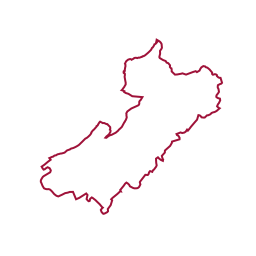 outline of Mit Ghamr, Ad Daqahliyah, Egypt, rotated 50°
{"feature_id": "37247803B25153322962327", "entity_name": "Mit Ghamr", "entity_type": "district", "adm_level": 2, "iso_a3": "EGY", "parent_name": "Egypt", "parent_adm1": "Ad Daqahliyah", "projection": "equal_earth", "projection_center": [31.277, 30.708], "detail": "fine", "context": "isolated", "style": "outline", "palette": "rose", "viewbox_px": 256, "rotation_deg": 50, "n_neighbors": 0, "source": "geoboundaries", "source_scale": "gbopen_adm2", "svg_char_len": 5668}
<svg xmlns="http://www.w3.org/2000/svg" viewBox="0 0 256 256"><g transform="rotate(50 128 128)"><path d="M78.8,49.3L79.4,50.0L80.0,50.7L80.4,51.3L80.8,51.9L81.0,51.9L81.1,51.6L81.2,52.1L81.2,52.3L81.2,52.9L81.1,53.4L81.1,53.7L80.9,54.0L81.3,54.7L81.6,55.3L82.2,57.3L82.1,57.7L82.1,57.9L82.1,58.2L82.2,58.5L82.5,59.0L82.7,59.5L82.9,60.0L83.0,60.7L83.2,62.8L83.3,64.9L83.3,65.3L83.3,68.1L83.0,69.9L82.7,70.2L82.6,70.4L82.5,70.6L82.5,70.9L82.5,71.3L82.5,71.5L82.4,71.8L82.2,71.9L81.9,73.0L81.4,74.2L81.3,74.3L81.1,74.5L80.9,74.6L80.7,75.0L80.6,75.4L80.5,75.8L80.3,76.1L79.8,76.4L79.6,76.5L79.3,76.8L78.9,77.3L78.8,77.5L78.6,77.8L78.5,78.1L78.4,78.5L78.4,78.8L78.5,79.1L78.0,81.4L77.6,81.4L77.3,81.5L77.0,81.7L76.7,81.9L76.5,82.1L76.3,82.6L76.1,83.0L75.9,83.5L75.7,84.1L75.7,84.9L75.7,85.6L75.7,86.4L75.9,87.0L76.4,88.1L76.8,89.0L77.2,89.0L77.6,89.1L77.8,89.3L78.0,89.5L78.3,89.7L78.8,90.0L79.2,90.4L79.4,90.7L79.7,91.1L80.0,91.5L80.9,92.5L81.5,93.3L82.0,93.5L82.2,93.8L82.1,94.2L82.5,94.4L82.6,94.8L82.4,95.0L82.3,94.8L82.3,94.6L82.2,94.4L81.8,94.4L81.8,94.6L81.8,94.8L81.9,95.0L82.5,95.5L83.0,95.9L83.3,95.9L83.6,95.8L83.9,95.7L84.3,95.5L84.9,95.9L85.5,96.4L86.0,97.0L86.6,97.7L89.7,99.5L91.5,100.5L91.9,100.7L92.3,101.1L92.9,101.6L93.2,101.9L93.6,103.2L94.1,104.4L94.4,105.7L94.6,106.5L95.0,108.0L95.0,108.5L97.5,107.1L98.0,107.8L99.8,107.2L102.1,105.7L106.4,104.3L113.6,97.1L114.7,100.3L114.7,101.4L115.2,102.6L116.7,103.8L117.2,104.7L117.2,105.8L115.2,112.9L114.9,117.9L115.7,119.9L116.7,120.5L117.7,121.4L118.4,121.7L119.2,122.3L119.7,123.2L120.4,124.4L120.7,125.5L121.2,126.4L121.2,127.0L123.2,132.0L123.4,134.7L123.4,136.1L123.7,137.3L123.7,140.5L123.2,142.6L122.7,144.9L121.9,146.7L121.6,148.7L121.6,150.8L121.4,151.1L120.9,151.5L120.6,149.8L120.7,148.7L120.6,146.5L120.2,145.4L119.7,144.0L118.9,143.1L117.8,142.8L117.6,142.9L117.1,142.0L115.9,141.1L114.9,141.1L113.3,141.3L111.8,141.3L111.3,141.9L108.8,143.1L108.1,144.1L105.2,145.3L105.2,145.8L105.3,146.1L105.4,146.7L105.6,147.2L105.8,147.7L105.9,148.2L106.0,148.5L106.1,148.8L106.4,149.2L106.5,149.6L106.5,149.9L106.4,150.4L106.5,150.4L106.7,151.2L106.9,152.4L107.2,154.4L107.3,155.1L107.3,155.9L107.3,156.6L107.4,157.0L107.5,157.6L107.8,158.5L107.8,158.9L107.9,159.0L108.0,159.2L108.2,159.3L108.3,159.4L108.4,159.7L108.6,160.2L108.8,161.0L109.0,162.1L109.0,162.9L109.1,163.4L109.1,165.9L109.0,166.2L108.9,166.7L108.8,167.2L108.7,167.6L108.8,168.6L108.9,169.9L109.1,171.9L109.2,173.5L109.4,175.8L109.4,176.7L109.3,177.6L109.1,178.9L108.9,179.9L108.7,180.8L108.4,181.9L108.2,182.6L107.8,183.6L107.5,184.1L107.3,184.7L107.1,185.1L107.1,185.5L107.0,186.0L107.1,186.3L106.6,187.5L106.0,189.1L106.1,192.4L105.6,193.6L105.0,194.9L104.7,195.5L104.3,196.0L103.9,196.7L103.7,197.3L103.5,197.7L103.3,198.1L103.0,198.6L102.9,199.1L102.7,199.7L102.7,200.3L102.6,200.9L102.4,201.1L102.2,201.4L102.0,201.7L101.9,202.0L101.8,202.4L101.8,202.6L101.8,202.9L101.9,203.3L101.9,203.5L101.7,203.8L101.5,204.3L101.1,205.3L101.0,205.6L101.0,205.9L101.0,206.1L100.8,206.7L100.5,207.6L102.6,207.7L102.4,211.0L102.4,215.5L102.1,219.0L102.9,219.1L103.5,219.3L105.6,219.4L106.1,218.3L106.1,216.7L106.4,214.8L108.4,213.9L110.2,214.2L111.0,214.5L111.9,216.1L110.7,223.6L110.7,224.7L111.3,226.6L112.0,228.3L113.2,229.4L114.8,229.8L117.2,230.6L118.3,230.8L120.2,231.1L121.6,230.4L122.4,229.8L122.8,229.4L123.9,228.0L125.1,227.3L125.8,227.2L127.6,227.0L131.2,227.0L133.9,226.4L135.6,225.4L136.7,221.5L137.5,218.0L138.8,215.7L139.6,213.6L141.6,211.2L149.2,213.6L150.2,210.2L151.3,202.1L153.3,202.1L155.8,205.4L157.9,205.4L158.9,205.1L159.2,204.2L157.9,202.5L157.9,200.4L159.3,199.9L160.5,199.7L162.2,199.3L164.5,199.1L168.1,198.7L172.1,198.7L172.8,198.5L172.9,199.9L173.3,201.5L175.2,202.2L177.3,202.2L177.9,202.0L178.0,201.6L178.3,201.3L178.5,200.8L179.1,198.0L178.9,196.8L177.8,196.0L177.1,195.6L176.0,190.9L173.2,186.6L171.8,186.7L171.6,184.8L171.7,178.8L171.6,176.4L171.4,174.7L172.0,174.2L170.5,173.8L169.5,168.5L168.8,166.0L168.8,164.3L170.4,163.8L172.2,163.6L173.9,164.0L177.1,162.7L178.3,161.9L179.6,160.3L180.0,159.7L180.3,158.8L180.3,157.4L179.2,154.8L177.1,153.8L176.9,153.4L175.0,144.8L175.3,144.5L176.7,143.1L176.5,141.8L175.5,140.4L175.2,138.8L177.2,137.6L176.5,136.2L176.5,134.7L175.7,131.3L175.0,130.0L173.0,128.9L170.7,127.2L169.5,126.2L169.7,123.9L171.5,123.8L173.7,123.3L175.6,122.4L174.7,121.3L173.8,121.3L171.1,120.0L170.5,115.6L169.0,114.2L168.8,107.2L167.6,104.0L166.7,103.0L169.8,95.8L168.7,94.8L166.4,94.4L164.9,95.0L163.8,94.7L165.2,90.6L166.7,89.7L167.7,87.8L167.9,86.2L167.2,83.8L168.5,83.8L168.2,82.0L167.5,78.9L166.6,73.6L166.0,69.7L163.4,65.8L164.1,65.2L164.6,64.9L165.3,64.8L166.0,64.7L167.1,64.8L168.7,63.3L169.3,62.5L169.1,59.3L169.8,58.4L170.3,56.6L170.4,56.1L170.4,55.8L170.2,54.3L170.8,52.6L171.0,52.2L171.3,51.7L171.6,50.8L171.8,49.6L171.9,49.3L171.8,45.2L171.2,45.5L170.7,45.5L169.4,45.8L168.6,45.8L167.6,43.7L167.4,42.5L166.1,39.6L164.6,38.7L163.8,39.3L162.8,39.9L161.3,40.4L161.1,40.4L160.6,40.1L160.1,39.5L159.8,39.0L159.3,36.6L158.8,35.1L156.3,33.6L154.8,33.3L154.0,32.7L153.0,31.6L153.5,29.2L154.0,28.0L153.8,26.9L149.1,24.9L148.7,25.4L147.5,26.2L145.4,26.5L144.7,25.9L143.4,26.2L142.5,27.0L141.9,28.5L141.6,28.8L140.6,28.8L139.6,27.9L135.6,27.9L132.8,28.4L131.5,29.3L130.5,29.3L129.0,30.5L128.7,32.8L129.2,34.6L130.0,36.3L129.5,39.3L128.0,39.6L127.0,41.9L124.4,49.2L121.1,51.2L120.6,52.4L118.6,55.9L117.3,57.7L112.8,58.2L111.3,57.0L110.3,56.4L109.7,56.7L108.2,56.7L107.0,55.5L104.2,55.5L102.7,56.4L100.9,56.1L98.4,57.5L94.8,58.7L93.8,58.4L93.1,57.5L91.8,55.7L89.5,53.9L88.8,51.3L88.3,50.4L87.0,49.5L85.3,48.3L83.5,48.0L81.8,48.2L78.8,49.3Z" fill="none" stroke="#9f1239" stroke-width="2"/></g></svg>